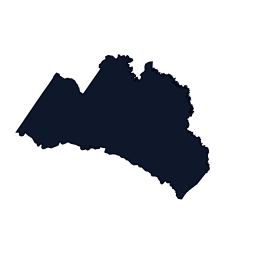 outline of Naranjito, Guayas, Ecuador, rotated 35°
{"feature_id": "8360857B54885584710427", "entity_name": "Naranjito", "entity_type": "district", "adm_level": 2, "iso_a3": "ECU", "parent_name": "Ecuador", "parent_adm1": "Guayas", "projection": "robinson", "projection_center": [-79.379, -2.158], "detail": "fine", "context": "isolated", "style": "filled", "palette": "ink", "viewbox_px": 256, "rotation_deg": 35, "n_neighbors": 0, "source": "geoboundaries", "source_scale": "gbopen_adm2", "svg_char_len": 5713}
<svg xmlns="http://www.w3.org/2000/svg" viewBox="0 0 256 256"><g transform="rotate(35 128 128)"><path d="M212.4,155.2L212.2,150.9L212.5,145.7L212.8,145.8L213.2,143.6L216.2,134.1L217.0,120.8L217.1,119.8L217.9,119.3L217.9,118.8L217.6,118.0L217.2,118.0L217.1,117.6L217.4,116.9L217.6,116.9L218.0,115.5L217.5,114.5L216.8,113.9L216.1,113.9L215.8,112.7L215.0,112.5L214.9,111.6L214.6,111.7L214.3,112.4L214.0,112.6L213.5,111.5L213.0,112.6L212.6,112.8L212.4,111.3L211.8,109.3L211.6,107.7L209.2,106.1L209.1,105.4L208.5,105.3L208.0,103.9L207.8,102.6L207.0,103.4L206.4,103.2L206.7,102.1L207.3,101.4L206.3,100.1L205.3,99.3L204.0,98.9L203.6,99.1L203.6,100.2L203.4,100.2L202.7,99.7L200.8,99.5L200.7,99.1L199.4,100.6L198.4,100.5L197.4,99.9L197.3,98.9L196.8,99.5L195.8,99.4L195.8,98.6L195.1,97.7L194.4,97.6L193.9,96.0L192.6,96.0L192.5,95.2L191.2,94.9L191.1,95.3L191.4,96.2L190.1,96.3L189.8,97.1L188.5,96.9L188.1,96.5L187.5,96.9L187.1,96.4L186.9,97.3L186.7,97.3L184.4,96.0L184.3,97.6L183.7,97.2L183.3,96.0L183.5,95.6L183.3,95.0L182.7,95.7L182.1,95.4L181.1,96.4L180.8,96.4L181.0,95.4L180.8,95.4L180.1,96.6L179.4,95.8L179.0,95.8L178.7,96.2L177.2,95.9L176.1,94.8L175.7,94.9L176.0,93.7L176.6,92.8L176.3,91.4L175.8,90.9L175.6,90.2L173.4,88.6L172.9,87.9L172.4,87.9L172.4,88.1L171.8,87.9L170.5,86.2L171.4,84.8L171.0,83.0L171.8,82.2L172.6,82.1L172.8,81.7L172.2,80.4L171.9,80.9L171.4,80.1L172.1,79.0L172.1,77.1L171.3,77.1L171.5,77.8L170.2,78.8L170.1,79.9L169.1,79.8L168.4,78.0L168.8,77.7L170.0,78.3L170.0,77.6L169.2,77.0L169.9,76.1L169.5,75.1L170.2,75.3L170.2,74.8L169.6,74.6L168.2,75.3L167.9,74.1L168.8,74.0L168.7,73.7L168.1,73.6L167.5,73.1L167.4,73.6L167.0,73.7L166.5,73.4L166.0,72.8L165.2,73.1L164.5,71.9L163.2,72.0L163.2,71.0L162.1,70.2L162.1,70.7L161.7,71.0L162.0,69.1L162.7,68.9L162.3,68.5L161.7,68.8L161.4,68.7L161.9,68.1L161.7,67.6L160.7,67.9L160.4,67.4L159.7,68.0L160.3,68.6L159.6,68.9L159.1,68.6L158.5,68.8L158.2,68.2L158.5,67.1L157.7,67.8L157.5,66.5L157.0,66.1L157.6,65.7L157.7,64.2L156.8,64.3L157.0,63.8L156.5,63.6L156.4,62.2L155.6,62.0L155.3,61.3L154.7,61.2L154.2,61.6L152.6,62.1L152.8,61.2L152.7,60.8L152.3,61.0L152.2,62.0L151.9,62.0L151.2,61.7L151.2,60.4L150.5,60.9L150.8,62.3L150.4,63.8L149.7,63.1L148.7,63.4L147.4,62.9L147.2,63.9L146.4,63.6L146.2,64.0L146.2,64.5L146.9,65.2L146.9,65.6L145.8,65.6L145.1,63.9L143.8,62.9L143.7,63.8L144.2,64.6L144.2,65.4L143.0,65.0L142.3,65.6L142.1,65.0L142.7,64.7L142.9,64.1L142.6,63.6L141.4,63.3L141.9,62.2L141.5,62.1L140.8,62.8L140.7,63.7L139.8,64.8L138.9,64.8L138.8,64.3L139.9,63.3L139.1,62.5L138.3,63.4L138.0,60.8L136.7,62.3L136.3,62.2L135.5,61.1L134.8,61.1L134.1,62.0L133.8,61.8L134.0,60.6L131.9,60.5L131.8,60.9L132.1,61.7L130.6,60.8L130.3,61.6L128.8,62.9L127.5,63.2L127.4,63.7L127.9,64.1L127.3,65.3L126.4,64.4L126.9,63.7L126.8,63.2L126.5,63.0L126.1,63.1L126.1,64.3L124.8,64.2L125.0,65.6L124.7,66.5L122.7,65.5L122.3,64.8L121.3,65.7L120.5,65.7L120.6,66.5L120.3,66.8L119.8,65.6L119.8,64.5L118.9,64.1L118.6,64.6L118.1,64.2L117.6,64.5L117.2,64.3L116.5,64.9L115.6,64.8L115.1,64.3L114.8,64.5L114.7,65.1L115.8,66.7L114.1,66.4L112.0,63.6L109.9,60.2L107.8,62.1L106.2,65.2L106.2,66.1L107.0,68.1L108.9,70.5L109.3,71.5L109.3,72.6L108.2,75.4L107.9,77.3L108.8,77.4L109.7,77.9L110.2,78.7L110.7,80.5L109.8,83.6L109.4,83.0L108.0,82.5L107.5,82.8L106.7,81.5L106.3,82.0L105.7,82.1L105.7,82.9L106.9,84.8L106.4,86.0L105.6,85.8L104.5,84.0L103.1,83.2L104.2,81.4L103.8,80.7L101.9,80.8L101.1,80.3L99.3,81.9L98.3,81.5L98.0,80.8L98.2,78.3L97.6,77.8L97.3,76.7L96.4,76.0L95.8,77.2L94.6,77.9L93.4,77.6L92.5,75.8L92.1,75.8L91.5,76.6L90.9,76.9L90.0,74.4L90.6,74.1L91.0,73.2L91.7,72.9L91.6,72.5L92.1,72.2L92.9,70.2L92.6,69.7L91.8,69.3L91.3,69.4L90.8,70.0L90.0,69.8L88.8,70.3L87.8,69.8L87.5,69.9L87.4,69.4L86.2,69.2L86.0,69.7L86.1,71.4L86.0,72.0L85.1,72.2L84.2,71.3L83.5,71.2L82.6,71.8L82.3,73.1L80.7,74.3L80.0,74.1L79.7,73.5L78.5,73.5L78.4,73.8L79.2,74.5L79.7,77.8L77.9,79.0L74.3,78.3L70.3,80.2L69.1,82.6L70.4,83.4L70.6,84.8L69.3,87.3L69.0,88.7L69.1,91.4L68.5,92.4L69.8,94.7L71.2,94.4L71.8,94.6L72.1,95.4L72.2,125.4L71.5,126.6L70.2,126.4L67.9,126.5L67.1,126.1L64.7,123.7L63.7,123.5L61.9,122.0L59.7,121.6L57.4,120.3L53.6,120.3L52.8,121.1L50.4,121.9L49.2,123.1L48.5,124.3L47.9,124.7L42.0,124.9L40.6,123.7L38.1,124.3L38.0,128.3L38.5,130.2L38.6,139.5L38.5,147.8L39.1,195.1L40.8,193.9L41.4,193.7L42.1,194.1L43.3,195.8L44.9,195.6L46.2,194.2L46.2,191.1L46.3,190.5L46.6,190.3L50.4,190.9L55.3,190.7L60.4,193.1L62.0,192.5L64.3,194.2L64.9,194.0L65.2,191.7L65.6,190.9L67.1,190.5L67.8,191.1L68.5,193.1L69.4,193.5L70.3,193.4L71.0,192.9L73.1,189.3L76.3,188.2L79.9,182.8L80.3,181.9L79.7,179.5L80.2,178.2L81.1,177.9L82.4,178.7L83.1,178.7L84.3,177.7L86.0,174.5L86.9,173.4L90.1,173.0L94.7,171.1L97.8,170.6L99.6,169.9L100.1,170.2L101.0,171.6L102.2,172.1L102.8,171.9L104.2,170.7L105.1,169.1L107.2,169.1L108.1,168.1L108.4,166.5L107.3,165.0L107.8,164.0L108.1,164.1L108.4,165.1L109.2,165.3L110.5,164.2L113.2,163.8L113.9,162.7L115.9,161.3L115.6,159.8L115.8,159.2L118.9,157.9L120.5,156.9L121.4,157.0L122.1,157.5L122.9,160.7L123.3,160.9L125.8,159.8L127.9,159.9L130.3,157.6L132.9,156.2L135.3,155.7L136.2,155.1L137.4,155.1L139.5,155.6L141.0,154.6L143.1,154.3L144.9,154.7L146.6,153.9L151.2,154.9L153.4,154.7L154.0,154.4L157.0,152.0L157.5,152.0L159.2,153.0L160.2,152.8L160.9,152.1L162.1,151.8L166.7,152.7L170.0,151.4L171.2,151.8L173.3,151.6L174.2,152.8L175.1,153.2L177.6,151.6L179.4,150.9L181.0,151.1L182.9,152.2L184.9,152.7L186.4,154.1L187.3,154.3L188.0,153.8L188.1,153.4L188.3,150.5L188.8,149.7L189.5,149.5L190.9,150.1L191.9,149.9L193.6,148.1L195.8,150.7L197.6,150.2L199.4,151.7L200.8,151.0L202.0,151.7L203.6,151.6L204.0,153.0L205.2,153.2L206.4,155.3L209.0,156.4L209.7,156.5L212.4,155.2Z" fill="#0f172a" stroke="#020617" stroke-width="1.5"/></g></svg>